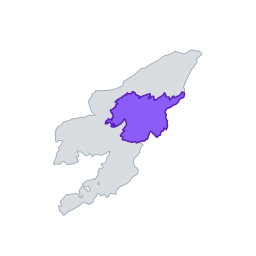 Naryn highlighted on a map of Kyrgyzstan, rotated 327°
{"feature_id": "KGZ-1118", "entity_name": "Naryn", "entity_type": "Region", "adm_level": 1, "iso_a3": "KGZ", "parent_name": "Kyrgyzstan", "parent_adm1": "", "projection": "albers", "projection_center": [75.468, 41.376], "detail": "fine", "context": "in_parent", "style": "filled", "palette": "violet", "viewbox_px": 256, "rotation_deg": 327, "n_neighbors": 0, "source": "natural_earth", "source_scale": "10m", "svg_char_len": 9267}
<svg xmlns="http://www.w3.org/2000/svg" viewBox="0 0 256 256"><g transform="rotate(327 128 128)"><path d="M58.8,150.7L59.4,150.3L61.4,150.0L65.3,149.8L66.6,150.2L69.3,151.9L71.3,151.8L71.7,152.0L72.4,153.4L75.4,151.6L77.5,151.0L78.6,149.1L80.9,146.8L82.8,146.4L82.9,146.8L83.2,147.2L85.1,147.8L85.7,147.2L86.1,146.3L85.5,144.9L85.5,144.3L86.1,143.5L89.2,144.9L89.8,144.9L91.3,144.2L92.6,143.0L93.1,142.0L99.5,138.8L100.0,138.2L99.9,137.8L97.3,136.9L96.1,137.3L95.0,137.3L94.3,136.8L91.1,136.5L90.4,136.2L88.4,133.7L85.8,132.1L84.5,132.1L83.0,132.7L82.5,132.4L82.5,130.1L82.2,128.7L81.4,128.4L80.2,128.9L77.0,128.0L76.7,125.1L75.6,122.6L74.0,121.5L74.0,120.0L73.4,119.3L72.9,119.5L72.2,120.2L72.5,121.9L72.1,123.5L71.7,124.4L71.0,125.0L70.1,124.9L68.7,124.0L68.2,129.1L67.9,129.4L66.2,128.6L64.8,128.8L62.7,128.4L61.2,127.5L58.2,126.4L56.8,125.4L56.1,121.9L55.4,120.7L54.6,120.4L51.3,121.4L48.1,119.1L46.5,118.6L46.1,117.9L46.2,117.2L51.4,113.7L53.6,111.2L54.9,110.2L58.1,109.2L58.9,106.9L59.2,106.6L62.5,105.6L66.1,103.7L66.2,103.1L65.9,102.6L62.8,100.5L61.1,101.3L60.2,100.2L60.3,99.0L61.4,97.2L62.4,96.2L62.9,94.4L64.2,93.2L65.6,91.3L67.3,89.7L70.4,88.6L72.0,89.1L73.6,88.9L76.0,88.0L77.5,88.0L83.7,89.8L85.7,89.9L90.5,92.0L94.2,93.1L96.0,95.1L102.1,96.1L103.7,96.7L104.3,97.6L106.0,98.8L107.5,99.1L106.3,94.6L106.9,91.9L109.0,84.6L110.0,83.5L114.9,81.5L116.1,80.0L119.6,80.1L120.4,79.8L120.8,79.0L131.6,85.5L135.8,87.3L141.5,89.0L146.4,89.6L147.2,89.2L149.1,86.7L150.0,86.5L162.1,86.9L170.7,85.4L171.9,85.5L175.1,86.8L185.3,87.0L189.4,87.8L195.7,87.3L198.4,87.4L203.3,89.0L205.0,89.3L208.1,89.5L209.3,89.1L210.0,89.5L210.8,91.8L213.9,94.6L215.1,96.1L216.2,96.7L221.9,96.8L224.1,97.4L229.6,102.6L230.5,105.7L229.9,106.4L224.4,107.1L223.1,107.7L221.9,110.1L214.5,113.4L213.4,113.4L203.5,119.3L196.7,124.1L196.5,126.4L192.5,131.6L189.4,132.3L186.8,132.2L182.5,133.9L177.0,133.5L175.1,133.6L171.5,133.0L170.0,133.3L168.5,134.4L166.4,138.5L165.5,139.4L165.1,140.3L164.8,142.3L164.0,144.4L162.3,147.6L160.7,149.1L159.3,150.0L158.1,148.1L156.2,149.4L154.5,149.2L153.4,149.6L150.9,151.3L147.2,151.2L146.8,150.6L146.1,146.0L145.5,143.9L145.0,143.4L144.3,143.3L139.1,146.9L136.7,147.6L134.7,147.7L132.1,146.6L131.5,146.8L131.0,147.4L130.9,148.2L131.6,150.2L131.4,150.6L130.2,150.6L128.6,151.0L123.5,155.2L120.3,156.3L117.3,156.7L115.6,157.4L114.5,159.0L112.5,163.4L112.6,164.3L113.4,165.5L113.9,168.1L113.8,168.8L112.1,171.0L110.1,171.6L108.5,171.9L105.4,171.5L103.8,171.9L100.9,173.6L98.5,173.8L94.0,173.7L89.6,172.9L88.1,173.1L84.2,174.0L82.8,175.5L82.0,176.9L81.7,177.0L80.1,175.7L78.2,173.4L77.2,173.4L73.7,175.1L73.1,175.0L72.2,174.2L72.4,171.4L71.3,170.7L68.9,170.5L68.1,169.8L68.5,168.0L68.2,167.3L67.6,166.7L66.4,166.8L63.8,168.2L60.9,168.6L59.8,169.1L58.6,171.0L54.7,171.2L53.4,170.7L51.3,166.9L49.3,166.2L47.2,166.2L44.4,167.0L43.7,166.2L43.0,165.9L42.4,166.5L38.9,166.4L35.5,166.1L33.5,165.5L32.2,165.4L29.6,166.3L26.4,166.2L26.3,162.8L25.5,160.4L26.8,156.6L27.4,155.4L29.6,157.0L30.5,156.8L30.7,156.1L30.5,154.3L31.8,152.5L40.1,150.5L49.0,154.8L50.1,157.3L50.8,157.2L52.2,156.2L52.7,154.2L54.5,153.1L58.5,151.9L58.8,150.7ZM63.0,159.4L63.2,159.1L62.6,157.2L63.6,155.6L61.8,155.2L60.9,154.7L59.9,152.9L59.5,152.8L59.0,153.3L58.6,154.4L58.8,155.6L60.1,156.8L59.3,159.2L62.0,159.6L63.0,159.4ZM53.4,160.6L53.4,160.0L52.7,159.8L49.4,158.9L49.4,159.4L50.7,161.2L51.7,161.4L53.4,160.6ZM73.9,158.5L74.1,157.4L72.0,157.9L71.8,158.5L72.4,159.2L73.3,159.5L73.9,158.5Z" fill="#d9dde1" stroke="#a8b0b8" stroke-width="1"/><path d="M194.4,129.1L194.0,130.1L193.7,130.5L193.5,130.8L191.6,132.5L191.3,132.6L190.9,132.6L190.2,132.3L187.8,132.0L187.1,132.0L186.5,132.2L184.1,133.6L183.8,133.7L183.5,133.8L182.5,133.7L181.1,134.2L180.6,134.2L178.9,133.5L177.9,133.3L177.3,133.3L176.2,133.7L173.9,133.6L173.4,133.4L172.4,132.9L171.9,132.8L169.9,133.3L169.2,133.6L168.7,134.1L168.4,134.5L167.7,135.0L167.4,135.3L167.3,135.8L167.3,136.3L167.5,136.8L167.5,137.2L167.4,137.7L167.1,138.1L166.4,138.5L165.8,139.0L165.3,139.8L165.0,140.7L164.9,143.2L164.8,143.6L164.6,143.9L163.6,144.7L163.2,145.5L162.6,147.2L162.2,147.9L161.7,148.4L160.1,149.5L159.5,150.1L159.2,150.2L158.9,149.9L158.6,148.4L158.4,148.0L157.8,147.8L157.3,148.4L156.8,149.2L156.1,149.6L155.8,149.6L155.1,149.2L154.7,149.1L154.3,149.1L152.6,149.9L152.3,150.3L152.1,150.7L151.8,151.1L151.5,151.4L151.1,151.5L150.6,151.4L149.4,151.1L149.0,151.1L148.6,151.2L147.8,151.5L147.3,151.6L147.0,151.2L146.9,150.8L146.6,149.7L146.5,149.2L146.7,148.8L147.1,148.1L147.0,147.7L146.9,147.4L146.3,146.9L146.1,146.6L146.0,146.1L145.9,144.7L145.6,143.7L145.0,143.2L144.4,143.2L143.6,143.6L139.5,146.9L138.9,147.2L138.7,147.6L138.5,147.8L138.2,147.9L137.5,147.5L137.2,147.3L136.7,147.4L135.8,147.8L135.3,147.9L134.6,147.7L133.9,147.4L132.3,146.3L131.9,146.1L131.5,146.1L131.0,146.0L129.5,146.0L129.2,146.0L129.0,145.9L128.6,145.4L127.2,145.2L126.9,145.0L126.8,144.9L127.0,144.3L127.0,143.9L126.8,143.6L126.6,143.3L126.4,143.2L123.8,142.2L123.4,142.0L122.7,141.3L122.4,141.0L121.9,140.3L120.7,139.0L120.2,138.6L120.0,137.8L119.8,137.4L119.2,137.0L117.2,135.1L116.9,134.6L118.5,132.7L118.8,132.3L118.8,132.1L117.4,130.9L117.4,130.7L117.6,130.2L117.8,130.0L118.3,130.0L118.5,129.9L118.8,129.6L119.4,129.4L120.0,129.0L120.9,129.0L122.4,128.7L123.2,129.0L123.6,128.8L123.4,128.5L122.8,127.6L122.6,127.0L122.6,126.8L122.6,126.7L122.8,126.6L124.3,126.1L125.1,125.7L126.8,125.3L128.2,124.7L129.0,123.7L129.3,122.8L129.7,121.3L129.9,120.0L130.2,119.3L130.2,119.1L129.5,118.6L129.1,118.5L128.9,118.7L128.8,119.0L128.5,119.1L126.2,120.1L125.9,120.1L125.4,120.0L125.0,120.0L124.8,120.1L124.4,120.4L124.1,120.6L123.8,120.6L123.4,120.4L122.4,120.3L121.5,120.3L121.0,120.4L120.5,120.6L120.3,120.6L119.7,120.1L119.1,119.9L118.8,119.9L118.2,120.1L117.7,120.1L117.4,119.9L116.9,119.4L116.5,119.3L116.1,118.8L115.7,118.7L115.4,118.7L115.0,117.8L114.8,117.5L114.7,117.4L115.3,116.9L115.5,116.8L116.4,116.9L116.7,117.0L117.1,117.2L117.3,117.5L117.4,118.1L117.4,118.6L117.5,118.8L117.7,119.0L118.3,119.2L118.5,119.2L118.5,117.0L118.4,116.5L118.2,116.2L117.5,116.0L116.7,115.9L116.1,115.8L116.0,115.6L116.1,113.8L116.1,113.4L115.9,113.1L115.1,112.7L114.4,113.0L114.0,112.6L113.3,112.3L113.3,112.6L113.2,112.9L113.0,113.2L112.8,113.2L112.7,113.2L112.2,112.9L111.8,112.4L111.4,112.0L111.4,111.9L111.5,111.8L111.9,111.7L112.1,111.6L112.3,111.2L112.7,110.6L112.9,110.3L115.1,110.2L115.4,110.2L115.7,110.1L116.5,109.5L116.6,109.8L116.8,110.2L117.1,110.6L117.3,111.0L117.5,111.2L117.8,111.3L118.0,111.3L118.6,111.2L118.8,111.5L118.7,112.2L118.7,112.5L118.8,112.7L119.0,112.7L119.4,111.7L119.6,111.4L120.2,111.0L120.4,111.0L120.9,111.3L121.2,111.2L121.4,111.1L121.6,110.9L121.6,110.7L121.6,110.3L121.7,110.0L122.3,109.3L122.4,109.1L122.4,108.9L122.3,108.3L122.4,107.9L122.6,107.6L122.8,107.3L123.2,107.0L123.2,106.9L123.1,106.7L122.9,106.6L122.5,106.5L122.4,106.2L122.4,105.9L122.8,103.6L123.1,103.5L123.5,103.5L124.2,103.7L124.7,103.9L128.0,103.4L128.4,103.4L128.5,103.5L128.6,103.9L128.9,103.9L130.0,102.3L130.4,102.1L131.8,102.0L132.5,102.2L132.7,101.8L132.5,101.5L131.7,100.1L131.4,99.3L131.6,99.1L134.2,98.7L134.4,98.6L134.7,98.4L135.0,98.5L135.5,99.1L136.1,98.9L136.4,98.6L136.7,98.6L137.4,98.8L140.2,98.9L140.9,98.7L141.1,98.6L141.4,98.5L142.2,98.9L142.5,98.9L143.8,98.6L144.2,98.4L144.4,98.6L144.5,98.8L144.4,99.5L144.6,99.5L144.8,99.5L145.8,98.8L146.1,98.5L146.4,98.3L146.4,98.5L146.7,99.4L146.8,99.5L147.4,99.6L148.2,100.0L148.4,100.2L148.7,100.8L148.9,100.9L150.3,100.9L150.5,100.8L150.8,100.6L151.1,100.0L151.4,100.0L151.9,100.1L152.1,100.3L152.2,100.6L152.3,101.4L152.4,101.5L152.7,101.7L152.9,101.9L153.1,102.4L153.1,102.7L152.8,103.7L152.7,104.3L152.7,104.6L152.8,104.7L153.2,104.8L153.3,104.9L153.3,105.1L153.3,105.4L153.4,105.6L153.5,105.8L154.3,106.3L154.6,106.7L154.7,106.9L154.7,107.3L154.6,107.6L154.5,107.8L153.9,108.3L153.5,108.6L153.4,108.8L153.3,109.0L153.4,109.3L153.7,109.4L154.0,109.3L155.4,108.9L156.0,108.7L156.4,108.9L156.9,109.2L157.3,109.5L158.2,109.3L159.0,109.5L159.4,109.7L160.0,110.0L161.5,110.0L161.8,110.1L163.3,110.8L163.8,111.1L164.3,111.1L164.8,110.9L165.0,110.9L165.1,111.0L164.7,111.8L164.6,112.4L164.5,112.9L164.4,113.1L163.7,113.2L162.6,113.2L162.0,113.2L161.6,113.5L161.3,114.1L161.6,114.4L161.7,114.7L161.8,114.8L164.2,114.9L164.6,114.8L165.0,114.6L165.5,114.7L166.0,114.9L166.5,115.3L166.6,115.5L166.5,116.1L166.1,116.8L166.0,117.2L165.9,117.7L165.8,118.0L165.3,119.0L165.2,119.1L165.3,119.2L165.4,119.3L166.1,119.0L166.6,119.2L166.8,119.5L167.9,119.8L168.4,119.7L168.7,119.6L169.3,119.3L169.8,119.2L171.1,119.4L172.1,119.6L175.4,119.5L175.8,119.3L176.4,118.9L177.3,118.6L177.6,118.4L177.8,118.4L177.9,118.8L177.8,119.9L177.7,120.5L177.4,121.4L177.1,121.5L176.8,121.4L176.7,121.4L176.7,121.5L177.0,122.3L177.2,123.0L177.4,123.3L178.4,123.7L179.0,124.1L179.2,124.3L179.3,124.4L179.2,124.6L178.9,125.2L178.8,125.6L178.6,126.5L178.1,127.1L178.2,127.3L178.8,127.2L181.8,126.3L182.4,126.0L183.2,125.9L183.5,126.0L183.8,126.3L183.7,126.6L183.5,127.1L183.4,127.4L183.4,127.7L183.5,127.9L183.6,128.0L184.0,128.1L185.7,128.1L188.1,128.6L189.5,128.6L190.3,128.5L190.8,128.3L191.6,127.8L192.3,127.3L192.6,127.2L193.0,127.3L193.3,127.5L193.8,128.6L194.0,128.9L194.4,129.1Z" fill="#8b5cf6" stroke="#5b21b6" stroke-width="1.5"/></g></svg>